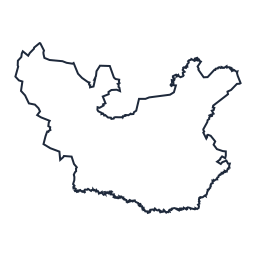 outline of Gramzdas pag., Priekules, Latvia
{"feature_id": "27541924B36591248558487", "entity_name": "Gramzdas pag.", "entity_type": "district", "adm_level": 2, "iso_a3": "LVA", "parent_name": "Latvia", "parent_adm1": "Priekules", "projection": "mercator", "projection_center": [21.675, 56.36], "detail": "fine", "context": "isolated", "style": "outline", "palette": "slate", "viewbox_px": 256, "rotation_deg": 0, "n_neighbors": 0, "source": "geoboundaries", "source_scale": "gbopen_adm2", "svg_char_len": 5845}
<svg xmlns="http://www.w3.org/2000/svg" viewBox="0 0 256 256"><path d="M37.2,115.1L41.1,117.4L49.7,120.8L48.8,122.4L48.3,126.1L50.2,127.2L50.0,128.9L50.4,130.0L48.8,130.8L48.4,131.8L47.3,131.5L46.9,132.3L45.5,136.3L43.5,144.1L50.3,148.2L59.4,151.6L60.2,159.9L63.3,157.1L63.9,156.0L71.6,156.6L74.0,164.0L76.8,167.3L76.0,168.5L76.1,171.2L75.0,172.2L73.8,174.7L74.4,177.0L74.3,180.2L73.1,184.1L74.5,185.8L73.3,187.0L73.5,188.4L74.7,188.2L75.8,188.9L75.7,190.4L74.8,190.6L75.1,191.1L76.1,190.9L76.7,191.7L77.4,191.0L77.6,191.8L78.5,191.6L78.8,191.2L78.2,190.6L80.2,190.0L81.2,191.1L82.2,191.1L82.4,191.8L83.5,191.7L84.6,192.4L84.9,192.1L84.6,191.5L83.8,191.1L85.0,189.6L87.2,189.7L88.0,188.9L91.1,190.9L91.9,190.0L92.9,189.9L93.0,189.3L93.4,190.0L94.4,189.9L94.4,190.5L95.5,190.4L96.0,191.3L96.5,190.4L96.8,191.2L97.9,191.1L98.9,193.4L99.2,193.0L99.0,192.5L100.0,193.2L101.6,192.1L101.6,192.8L102.4,192.6L102.0,193.0L103.6,194.8L104.5,194.4L104.9,193.4L105.3,193.9L105.2,193.1L105.6,192.4L106.4,192.9L107.0,192.3L107.4,192.9L108.5,192.3L108.9,192.5L108.3,192.8L108.8,193.5L109.7,193.5L110.3,192.7L110.0,191.5L111.5,191.4L111.8,191.7L110.9,192.0L111.1,193.0L110.9,194.4L113.7,194.4L113.5,194.9L114.3,195.5L113.9,195.9L115.1,196.7L114.0,197.3L114.5,197.6L116.4,197.9L117.1,197.2L117.9,198.2L118.7,198.2L119.2,197.8L119.2,196.4L120.2,197.2L120.2,196.5L121.4,196.5L122.1,197.4L123.2,197.4L123.1,198.1L123.8,198.5L123.3,198.8L124.0,199.5L126.3,200.0L126.8,201.1L126.6,201.8L127.3,202.4L129.6,201.6L128.9,200.8L129.7,200.0L132.7,201.5L133.0,201.3L132.7,200.7L134.8,200.4L135.1,201.4L136.0,202.1L138.1,203.0L138.3,203.9L140.3,203.9L140.6,204.4L139.1,205.6L140.1,206.3L142.1,206.2L142.7,207.4L142.2,207.9L142.5,209.1L143.6,208.4L143.6,210.0L144.4,209.8L145.3,211.4L147.0,211.3L147.8,212.9L149.9,212.2L150.1,211.7L149.4,211.1L150.4,210.6L150.3,209.8L152.9,209.5L154.1,210.5L155.0,209.5L154.6,209.0L154.9,208.5L156.5,210.1L157.6,210.4L158.9,209.8L160.3,212.3L160.9,212.1L160.4,210.8L162.1,211.9L164.0,211.5L163.4,210.2L163.7,209.8L166.2,212.6L166.9,212.0L168.1,212.2L168.6,211.3L169.6,211.6L169.2,210.2L170.0,209.6L171.4,210.0L171.9,209.4L171.4,209.0L171.7,208.6L174.4,208.1L177.6,208.9L177.0,209.4L178.4,210.1L178.2,209.3L179.3,209.8L179.7,209.0L180.4,209.9L181.2,209.8L180.8,209.1L181.1,208.4L183.3,209.0L183.7,207.7L186.6,209.5L187.1,209.1L186.6,208.0L187.8,207.4L190.0,207.9L190.7,208.9L191.2,208.4L194.9,209.3L195.4,209.0L195.4,208.1L197.1,209.0L198.6,208.0L199.0,206.0L198.0,204.7L199.4,203.7L199.0,201.7L199.3,201.4L199.0,201.2L199.3,200.7L198.9,199.7L199.2,198.4L200.0,198.1L199.6,197.6L200.3,197.1L202.6,197.3L204.8,195.6L205.6,196.1L205.4,195.3L206.6,194.6L207.5,191.1L207.9,190.8L207.7,189.7L209.1,189.4L209.3,188.5L210.3,187.8L210.4,186.4L210.9,186.0L210.5,185.2L211.3,183.6L212.7,183.2L212.5,180.8L213.1,181.1L213.5,180.1L214.2,180.7L215.8,179.5L217.2,179.4L217.0,178.6L217.3,177.6L218.4,177.1L218.7,175.5L220.2,174.9L220.1,174.5L220.8,174.4L221.1,173.6L222.7,173.7L223.2,173.2L222.8,172.8L223.3,172.8L223.6,171.9L224.9,172.0L224.8,170.8L226.7,171.6L227.6,169.0L228.2,168.9L228.0,168.5L228.5,167.9L229.5,167.7L229.1,166.0L229.8,163.6L228.0,163.6L226.4,160.6L222.3,162.2L220.8,164.0L217.1,161.7L220.2,159.4L220.3,158.5L222.1,156.4L225.2,158.2L225.8,155.6L225.8,151.4L222.8,151.1L216.9,149.1L213.6,144.7L215.2,141.4L210.7,135.8L208.0,134.8L207.1,135.3L207.1,137.2L206.3,138.6L203.3,132.6L204.2,131.6L203.4,130.1L203.3,129.3L207.3,122.1L207.6,120.2L209.2,119.0L209.2,117.5L210.2,116.1L209.5,115.4L210.6,114.9L211.1,116.2L212.1,115.9L212.3,114.2L213.6,113.7L211.8,110.7L213.7,110.0L214.3,107.8L212.8,107.5L213.2,105.6L228.0,94.2L227.5,91.6L231.0,90.0L236.9,83.9L239.7,83.7L240.6,83.1L237.7,75.8L237.0,73.2L237.4,71.5L236.6,71.8L234.3,70.2L233.1,70.6L233.6,69.8L232.0,69.1L232.1,70.4L231.7,70.5L231.1,69.6L231.4,68.4L230.0,68.5L229.8,67.8L230.1,67.5L229.1,67.2L227.2,67.5L227.3,67.1L226.7,67.0L226.6,66.2L224.0,67.9L222.0,67.2L222.2,67.9L221.9,67.9L221.2,67.1L220.4,67.9L219.2,67.2L218.1,67.7L217.9,68.4L215.7,68.7L215.3,69.9L214.4,69.8L207.6,77.1L203.7,77.3L198.7,70.2L198.4,69.6L198.7,68.9L197.6,66.5L200.9,61.6L199.9,61.1L199.0,59.5L198.3,59.7L197.9,60.6L197.0,60.3L196.8,59.0L197.9,58.7L197.2,57.8L194.8,58.6L194.7,59.4L195.4,60.4L194.6,60.9L191.3,59.0L190.9,59.8L189.0,60.3L188.1,61.2L188.8,62.1L188.7,62.7L187.2,64.3L187.3,66.4L186.3,66.0L185.8,66.5L186.4,67.4L186.0,68.0L183.9,67.3L183.2,67.7L183.3,68.7L182.7,69.9L184.6,71.8L182.8,72.7L182.9,73.9L183.6,75.4L183.0,76.2L180.5,77.2L178.7,76.1L178.3,75.0L177.5,75.8L177.5,75.3L176.9,75.0L176.4,75.8L175.8,74.8L172.9,76.2L172.9,77.3L173.5,78.4L174.7,78.3L174.3,80.0L173.8,80.5L171.8,80.1L172.0,82.0L173.3,81.5L173.5,83.4L172.9,84.4L171.1,84.2L170.6,85.0L171.4,86.0L172.8,85.1L175.9,85.4L173.9,92.3L170.0,94.7L149.2,97.4L145.4,98.9L139.0,98.9L136.2,110.7L134.0,112.2L133.4,114.0L131.1,114.2L130.7,113.7L128.5,115.2L125.4,115.0L124.9,115.2L125.2,115.9L123.3,116.3L122.8,117.3L122.5,116.7L122.0,117.3L115.3,117.2L114.2,117.5L113.7,118.6L111.4,118.9L110.9,117.7L108.0,117.5L105.3,115.1L104.2,115.5L103.3,113.7L101.5,114.1L101.7,112.9L98.3,111.3L97.4,109.8L97.6,107.2L99.6,107.8L103.6,105.5L103.1,104.3L105.5,103.3L102.8,96.5L108.7,94.2L108.5,92.0L111.4,90.0L116.7,89.7L120.0,91.1L119.4,87.7L118.5,86.8L118.7,84.7L117.8,83.9L119.5,83.0L118.9,81.7L119.2,79.7L115.5,79.0L113.9,77.5L109.8,66.0L100.0,65.7L96.5,71.2L96.0,76.0L94.4,79.4L95.1,79.2L93.5,86.5L90.1,87.3L90.2,85.5L89.8,85.6L88.9,83.9L89.5,82.5L87.8,82.0L82.0,77.9L78.0,73.7L73.6,63.0L72.5,63.7L66.6,62.8L62.5,61.2L49.6,60.0L44.4,57.9L43.5,54.0L43.4,52.3L44.0,50.6L40.3,43.3L39.6,43.1L34.1,47.6L34.0,48.7L29.8,53.0L28.2,55.7L22.8,51.3L21.8,53.5L21.3,57.0L17.9,60.7L17.7,65.4L18.2,66.5L15.4,76.6L18.9,80.4L22.4,81.5L21.0,90.9L25.1,95.4L28.9,103.4L34.9,104.6L38.5,108.2L40.0,111.4L37.2,115.1Z" fill="none" stroke="#1e293b" stroke-width="2"/></svg>